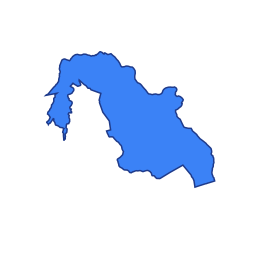 San Pedro Teutila, Oaxaca, Mexico, rotated 54°
{"feature_id": "50627088B96437004433803", "entity_name": "San Pedro Teutila", "entity_type": "district", "adm_level": 2, "iso_a3": "MEX", "parent_name": "Mexico", "parent_adm1": "Oaxaca", "projection": "albers", "projection_center": [-96.632, 17.978], "detail": "fine", "context": "isolated", "style": "filled", "palette": "blue", "viewbox_px": 256, "rotation_deg": 54, "n_neighbors": 0, "source": "geoboundaries", "source_scale": "gbopen_adm2", "svg_char_len": 5717}
<svg xmlns="http://www.w3.org/2000/svg" viewBox="0 0 256 256"><g transform="rotate(54 128 128)"><path d="M37.2,146.2L37.5,146.7L38.6,147.4L39.2,148.2L40.0,148.9L42.6,149.7L43.6,150.8L43.7,151.6L44.5,152.0L45.2,152.7L46.0,153.1L47.7,155.2L49.4,156.7L49.7,157.2L49.8,157.4L49.8,157.9L50.4,159.0L50.5,159.6L50.6,160.0L50.5,160.6L51.1,161.9L51.4,164.3L52.3,168.0L53.6,172.7L53.3,174.4L53.2,174.7L53.3,175.3L58.1,165.1L58.2,165.8L58.0,166.5L58.2,167.5L60.2,168.9L60.3,170.2L60.6,170.8L62.6,172.2L63.0,172.6L63.9,174.4L64.2,175.1L64.4,176.3L65.3,177.0L66.3,178.2L66.9,180.1L67.1,180.5L67.5,180.9L67.7,181.5L68.1,183.5L68.6,184.0L69.4,184.9L71.1,184.4L72.3,184.6L73.4,184.6L73.8,184.8L74.0,185.5L74.5,186.1L75.1,187.3L75.3,188.1L75.4,188.8L75.3,189.3L75.5,190.3L75.9,190.5L77.8,190.2L78.4,190.4L78.1,189.7L78.1,188.9L78.0,188.4L78.3,188.1L78.3,187.9L78.1,187.7L78.0,187.1L77.7,186.2L76.5,183.0L77.1,182.7L77.8,183.3L78.7,183.9L79.8,183.9L81.0,184.1L81.9,184.5L83.0,184.8L84.1,184.0L85.6,183.1L87.6,182.6L89.3,180.8L90.0,180.6L90.8,180.1L91.4,181.5L91.8,181.8L92.1,181.9L92.3,182.5L92.9,183.2L93.2,183.4L93.9,183.3L94.5,183.3L94.8,183.7L95.7,184.3L96.2,184.7L99.4,186.6L99.8,187.0L100.2,187.0L100.3,186.8L100.2,186.5L100.0,186.2L100.0,185.5L99.9,185.1L99.0,184.6L98.0,183.5L97.2,183.2L96.3,182.7L95.7,181.2L95.7,180.8L95.5,180.1L95.0,179.6L93.3,178.1L92.6,177.8L91.7,178.0L91.3,177.9L89.0,175.7L88.8,175.1L89.6,173.3L89.0,172.6L88.6,171.5L86.5,170.0L85.0,169.7L84.4,169.3L83.8,168.9L83.6,168.3L82.9,168.1L82.0,168.3L81.6,168.2L81.0,167.0L81.1,166.5L81.4,166.3L82.3,165.1L82.5,164.7L82.1,164.3L81.7,164.1L81.1,164.3L79.9,163.7L79.4,162.8L79.1,162.9L78.8,163.3L78.5,163.6L77.5,163.2L76.9,162.9L76.8,161.9L76.4,161.3L76.3,160.5L75.3,158.8L74.7,158.3L73.6,158.0L72.6,158.4L71.6,159.0L70.6,159.2L69.6,158.4L68.6,158.7L67.8,158.2L66.9,158.2L66.1,157.5L65.9,156.9L66.3,155.4L66.6,154.8L66.8,153.4L66.8,152.5L66.2,151.3L65.9,150.1L65.4,149.5L64.7,149.0L63.8,148.8L62.9,149.0L60.8,150.0L60.3,150.1L60.1,149.7L60.0,148.3L59.8,147.4L59.4,146.8L59.4,146.2L60.8,145.9L61.1,145.6L62.1,145.3L62.7,144.9L64.4,144.3L64.8,144.0L65.0,143.2L65.5,141.9L65.5,141.2L65.1,140.7L62.1,140.0L61.2,139.9L60.5,139.3L67.2,137.9L69.0,137.1L72.2,137.0L73.7,135.4L75.3,135.5L84.0,129.6L88.5,135.0L89.6,135.2L90.3,135.8L90.8,136.2L100.5,139.1L111.3,139.0L119.3,143.2L117.8,147.1L120.2,147.8L122.4,148.1L123.1,148.4L124.0,148.4L124.4,148.2L125.0,147.1L126.1,145.7L126.8,145.4L127.4,145.3L128.2,145.4L132.1,144.9L133.0,144.5L133.6,144.2L134.7,144.1L136.9,144.1L137.3,143.9L138.6,143.9L140.1,144.4L140.3,144.6L141.7,145.2L143.6,145.5L144.4,145.5L145.4,146.9L145.8,147.2L146.5,148.2L147.1,151.5L147.0,154.7L147.1,155.0L147.6,155.5L149.4,155.9L150.3,156.4L151.3,156.6L153.4,157.6L154.1,157.5L154.8,157.5L157.3,156.3L158.5,156.1L159.6,155.7L160.3,155.0L160.6,154.5L161.7,153.3L162.2,153.1L163.2,152.7L164.4,152.8L165.0,152.7L165.5,152.4L165.7,151.9L166.1,151.7L166.3,149.6L166.5,149.5L167.1,147.1L167.4,146.4L168.0,145.8L168.6,145.0L169.3,143.6L169.9,142.9L171.9,141.7L172.2,141.3L172.3,140.8L173.2,138.2L174.0,136.9L175.0,136.3L175.3,136.2L176.3,135.7L176.9,135.8L177.7,135.6L178.3,135.7L180.6,136.5L181.3,135.9L181.6,135.4L182.0,135.0L182.6,134.8L183.0,134.7L183.5,134.9L184.2,134.7L184.8,134.7L185.7,134.4L186.9,132.9L187.0,132.6L187.5,132.2L187.7,131.5L188.6,120.2L190.3,105.4L201.8,104.7L202.0,104.6L203.7,104.7L204.7,105.2L206.7,105.0L209.4,105.6L215.2,108.6L218.5,98.5L219.1,97.2L219.5,95.7L219.8,95.0L221.5,90.0L221.8,89.0L220.4,88.4L219.9,88.4L219.5,88.1L218.8,87.8L218.6,87.8L218.0,87.9L217.4,87.9L216.2,87.4L215.0,87.2L213.4,86.4L212.7,85.7L211.3,84.3L211.1,84.1L210.9,83.9L210.5,83.7L209.8,82.8L209.6,82.3L209.4,81.9L208.9,81.4L208.0,80.7L207.4,80.2L206.9,79.4L206.1,78.5L205.4,78.3L204.0,77.2L202.5,76.3L201.9,76.3L201.2,76.1L200.6,75.7L199.5,76.1L198.7,76.0L198.3,76.1L197.5,75.7L197.0,74.8L196.0,74.0L195.2,73.6L194.9,73.5L194.5,73.3L193.4,72.9L192.4,73.0L189.1,73.6L187.7,73.9L186.3,73.9L182.6,74.9L178.8,76.1L178.3,76.1L174.8,76.4L173.7,76.2L168.9,77.4L168.4,77.5L167.6,77.5L167.3,77.3L165.4,77.1L163.6,79.5L160.9,81.8L159.9,82.2L155.7,81.5L151.8,80.7L151.0,80.8L149.9,81.3L148.4,81.5L147.4,81.6L145.9,80.7L144.0,80.3L143.2,80.2L141.5,79.0L142.0,76.6L141.8,75.9L141.7,73.6L141.7,72.6L141.2,71.2L140.7,70.5L140.0,69.8L139.5,70.1L139.0,69.7L138.3,67.6L137.6,66.7L136.0,66.6L134.5,66.9L133.1,67.4L131.7,68.4L131.5,69.3L131.3,69.8L130.2,70.2L128.8,70.2L128.5,69.8L127.0,68.6L126.7,67.9L126.6,67.2L125.9,66.2L125.6,65.9L125.2,65.7L124.0,65.5L122.2,66.2L121.8,67.2L120.9,68.5L119.8,69.7L118.7,71.4L117.8,73.9L117.7,75.2L117.8,76.4L118.0,77.1L118.3,77.8L119.1,78.9L119.6,79.7L119.8,81.2L119.5,82.7L118.8,83.8L118.4,84.3L117.2,85.2L116.7,85.7L115.7,87.5L115.6,88.1L115.3,88.6L114.9,89.1L113.6,90.1L112.9,90.9L112.4,91.3L111.4,91.4L107.4,91.4L106.4,91.6L102.9,91.9L101.5,91.9L99.9,92.1L99.3,92.3L97.9,93.0L97.3,93.5L95.7,93.7L94.3,93.6L92.5,93.6L90.7,92.6L89.5,91.6L87.9,89.9L85.8,88.6L83.9,88.4L82.8,88.4L81.3,88.7L80.0,90.2L78.5,91.2L77.6,92.1L76.8,93.1L76.5,94.0L76.3,94.9L75.3,96.6L74.9,97.1L74.0,97.3L73.1,97.2L70.9,96.7L67.8,96.5L65.9,96.8L62.8,96.9L60.5,97.6L57.9,98.1L56.8,101.1L53.6,102.6L53.7,103.4L53.9,103.6L53.7,103.7L53.8,103.8L53.7,104.1L53.0,104.4L52.1,104.5L51.6,104.6L50.1,105.5L49.8,106.2L50.3,109.0L50.1,110.6L50.3,110.8L49.7,111.4L49.9,112.3L49.1,113.6L48.5,114.3L48.4,115.1L47.8,115.8L46.7,116.3L45.3,117.7L43.7,118.6L42.2,120.4L41.5,122.9L40.2,124.5L38.7,125.6L37.8,127.4L37.6,129.1L37.8,129.9L37.6,130.7L38.1,131.9L38.3,132.6L38.3,133.3L38.9,134.3L39.2,135.4L39.2,135.7L39.0,136.0L38.5,136.1L38.0,136.6L36.9,137.4L35.1,138.5L34.6,139.2L34.3,140.2L34.2,141.5L37.2,146.2Z" fill="#3b82f6" stroke="#1e3a8a" stroke-width="1.5"/></g></svg>